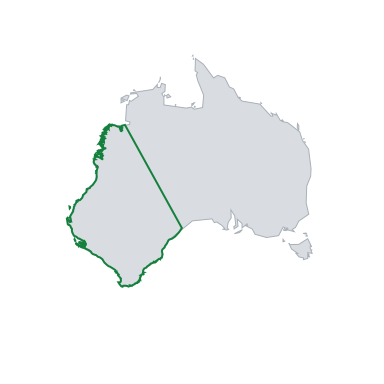 Western Australia highlighted on a map of Australia, rotated 328°
{"feature_id": "AUS-2651", "entity_name": "Western Australia", "entity_type": "State", "adm_level": 1, "iso_a3": "AUS", "parent_name": "Australia", "parent_adm1": "", "projection": "albers", "projection_center": [121.445, -24.431], "detail": "fine", "context": "in_parent", "style": "outline", "palette": "green", "viewbox_px": 384, "rotation_deg": 328, "n_neighbors": 0, "source": "natural_earth", "source_scale": "10m", "svg_char_len": 9455}
<svg xmlns="http://www.w3.org/2000/svg" viewBox="0 0 384 384"><g transform="rotate(328 192 192)"><path d="M269.4,89.8L270.7,106.7L275.6,106.7L280.3,112.5L279.4,122.7L282.0,126.7L281.2,136.2L282.6,141.4L296.1,153.4L299.1,169.4L300.7,170.5L301.5,167.9L304.2,171.3L305.0,170.1L304.8,177.9L306.2,180.5L309.9,183.8L315.2,198.2L313.0,206.6L313.6,217.4L305.3,235.3L301.0,241.5L292.5,247.7L283.1,261.6L279.2,272.7L267.3,273.2L260.8,277.0L257.2,276.8L257.7,279.8L252.9,274.7L253.9,273.9L253.7,272.8L252.7,272.6L250.5,274.1L249.4,272.8L251.9,271.5L250.8,270.0L242.3,274.9L231.1,270.1L223.0,261.2L223.5,255.3L219.8,249.3L221.6,249.7L221.8,248.1L215.4,249.0L217.7,245.2L216.0,239.0L212.9,245.4L208.2,245.6L209.2,243.4L211.4,243.6L215.6,234.8L215.5,227.8L211.5,234.7L206.5,237.0L202.9,241.0L203.2,243.2L201.3,242.7L198.6,240.0L200.5,240.2L199.5,235.8L197.1,230.6L194.7,229.8L194.7,225.4L177.1,216.7L145.9,220.7L135.9,225.4L131.5,231.6L110.2,232.0L98.8,239.6L91.0,239.4L82.1,234.7L81.8,229.6L83.9,230.4L85.7,227.2L85.4,216.8L81.3,209.0L79.5,199.2L68.2,178.9L72.3,180.9L69.6,174.8L71.5,178.4L74.6,179.3L68.9,166.6L71.8,148.5L72.7,152.7L76.1,147.8L88.7,139.1L93.3,139.4L116.5,131.2L125.4,120.8L124.9,114.0L129.7,109.2L133.5,116.8L135.7,112.6L133.2,109.6L134.0,107.7L141.8,109.1L139.3,108.4L141.0,105.4L139.7,102.8L143.9,102.5L142.4,100.5L145.9,100.3L144.8,97.5L147.9,94.4L148.1,96.3L150.6,96.1L150.9,92.6L154.4,93.9L156.8,91.2L160.5,93.3L165.3,98.5L164.2,102.5L167.8,98.8L174.9,101.7L176.4,99.7L173.4,96.4L182.8,83.4L184.4,84.4L187.5,81.3L188.4,82.8L197.3,82.4L197.3,79.1L191.6,76.3L192.6,75.5L213.2,84.3L219.6,82.4L217.9,84.9L220.3,86.6L223.8,83.8L226.3,86.7L222.3,92.4L218.6,92.5L218.3,96.9L214.3,103.3L231.6,117.8L236.5,119.7L237.7,122.9L245.7,126.0L253.2,116.1L255.9,100.6L257.7,94.9L260.0,93.8L258.8,90.9L265.7,80.6L269.4,89.8ZM246.8,288.3L254.8,293.0L265.4,292.9L264.4,302.0L264.0,300.2L262.6,301.9L261.3,307.7L258.1,304.7L254.9,309.6L250.6,308.4L251.7,307.0L248.4,303.8L247.6,299.0L249.2,300.1L246.2,293.1L246.8,288.3ZM181.7,74.8L187.8,75.2L189.6,77.1L185.3,80.1L181.7,74.8ZM205.8,249.8L214.8,250.6L210.8,251.6L205.8,249.8ZM223.6,96.5L224.4,100.0L220.7,99.1L221.6,96.7L223.6,96.5ZM315.0,196.6L315.6,192.8L317.7,189.9L317.8,192.3L315.0,196.6ZM264.3,286.0L267.0,287.3L266.8,288.5L264.3,286.0ZM181.0,75.8L182.9,79.2L179.0,78.8L181.0,75.8ZM244.4,283.0L242.8,282.4L244.1,280.4L244.4,283.0ZM241.4,117.6L239.5,118.4L237.6,118.7L238.7,117.0L241.4,117.6ZM68.1,178.0L66.6,176.2L66.4,174.5L66.6,174.4L68.1,178.0ZM266.0,289.6L266.9,290.7L264.9,289.6L266.0,289.6ZM305.9,178.6L307.1,178.9L306.8,180.6L305.9,178.6ZM281.6,136.1L283.0,137.4L282.6,138.0L281.6,136.1ZM257.5,307.8L257.3,309.3L256.3,308.6L257.5,307.8ZM314.5,208.5L314.2,210.6L314.5,208.5ZM197.3,75.8L196.3,74.8L197.0,74.4L197.3,75.8ZM225.7,78.7L224.1,80.2L226.2,77.5L225.7,78.7ZM315.3,206.0L314.5,206.5L315.1,205.9L315.3,206.0ZM224.5,109.6L223.7,109.9L224.2,109.1L224.5,109.6ZM220.6,96.1L219.6,96.2L220.3,95.2L220.6,96.1ZM80.5,139.5L80.2,140.9L79.8,140.8L80.5,139.5ZM264.0,79.5L263.8,80.7L263.5,79.8L264.0,79.5ZM252.6,273.2L252.7,273.9L252.4,273.6L252.6,273.2ZM223.6,80.6L221.5,81.6L223.7,80.4L223.6,80.6ZM145.0,95.8L144.2,96.6L144.7,95.7L145.0,95.8ZM258.2,306.9L257.7,307.1L258.1,306.6L258.2,306.9ZM240.0,121.5L238.9,121.4L239.6,120.7L240.0,121.5ZM140.8,101.8L140.3,102.3L140.2,101.2L140.8,101.8ZM262.9,304.6L262.1,304.9L262.5,304.2L262.9,304.6ZM265.2,76.6L264.9,77.3L264.4,76.9L265.2,76.6ZM252.0,274.0L252.7,274.8L251.4,274.4L252.0,274.0ZM298.0,153.7L297.3,153.6L297.7,152.7L298.0,153.7ZM301.0,167.7L300.6,167.6L301.0,167.0L301.0,167.7ZM247.3,287.3L247.0,287.8L246.9,287.1L247.3,287.3Z" fill="#d9dde1" stroke="#a8b0b8" stroke-width="1"/><path d="M164.3,217.2L159.6,219.3L154.0,220.8L150.4,221.0L147.5,220.3L146.4,220.5L143.6,222.3L140.4,223.6L139.4,224.5L136.3,225.1L135.0,226.4L134.1,229.2L131.6,231.7L130.8,231.4L129.4,232.2L129.2,231.5L128.7,231.2L126.2,231.4L126.0,231.8L124.7,231.5L124.3,231.8L124.2,232.2L123.2,232.2L123.1,231.3L122.7,230.8L121.5,231.4L118.8,230.8L117.8,231.2L114.3,231.4L113.3,231.9L111.1,231.6L109.9,232.0L108.6,233.1L108.0,234.3L108.5,234.8L107.6,234.7L107.4,235.6L107.0,235.3L106.6,235.9L106.0,235.5L104.4,235.4L104.6,235.7L103.7,236.1L103.7,236.6L102.1,237.4L101.9,238.5L100.5,238.8L100.7,239.3L100.2,239.1L98.6,239.5L99.6,239.8L99.2,240.1L97.8,239.6L97.4,240.2L95.8,239.5L94.9,239.4L94.6,239.8L92.3,239.5L91.7,239.8L90.3,239.2L90.9,239.1L90.2,238.5L90.2,239.0L87.9,238.5L87.5,237.6L85.6,235.9L83.7,235.0L83.1,235.0L82.8,235.4L82.1,234.6L81.7,232.0L81.7,229.6L83.0,230.4L84.0,230.3L84.8,229.4L85.4,228.0L85.8,227.9L85.9,227.7L85.8,227.2L85.6,227.8L85.6,226.0L85.1,223.5L85.6,222.4L85.3,223.5L85.8,224.3L85.4,223.3L86.0,223.1L85.7,222.6L85.8,221.2L85.4,220.8L85.7,220.7L85.8,220.2L85.5,217.3L82.9,211.9L82.0,210.8L81.2,208.7L80.3,205.3L80.4,201.5L79.4,198.9L77.9,197.1L77.3,194.9L75.0,192.1L74.5,190.4L74.7,189.2L73.7,186.6L70.9,182.3L69.1,180.5L68.0,178.7L68.8,179.3L68.8,177.6L69.1,179.5L69.5,180.3L69.2,177.7L69.5,178.8L69.8,178.7L70.2,180.9L70.4,179.6L70.7,181.5L71.0,180.6L71.4,182.1L72.2,181.7L72.5,181.1L72.6,179.8L71.9,179.1L71.3,179.0L70.6,178.2L70.4,177.1L69.4,175.7L69.9,174.1L70.0,174.7L71.4,176.0L71.6,176.7L71.5,178.9L72.0,178.9L72.3,178.3L72.2,177.0L72.6,177.2L72.6,178.3L73.4,180.1L74.0,180.5L74.7,179.5L74.3,177.2L74.8,177.2L74.7,176.2L74.0,175.9L71.6,171.6L70.9,171.2L70.2,168.6L68.7,166.5L69.0,162.9L69.8,160.8L70.7,159.6L70.5,157.6L70.9,156.8L70.8,155.9L70.4,154.9L69.8,154.5L69.6,153.5L71.8,148.2L72.7,148.0L72.2,150.5L72.5,151.6L72.9,151.5L72.6,152.8L73.0,152.9L73.7,152.3L74.0,152.7L74.9,150.3L74.8,149.2L75.2,149.4L75.8,148.0L81.0,145.4L81.9,144.1L83.1,143.3L83.8,142.1L85.2,141.5L85.4,140.6L87.1,140.3L88.7,139.2L89.2,138.3L89.6,138.3L89.2,139.1L89.7,139.5L91.6,138.6L91.8,139.1L92.6,139.5L95.0,139.0L96.1,138.6L98.0,136.8L102.3,136.1L104.1,133.9L104.6,134.2L104.8,133.8L106.5,134.1L107.4,134.5L108.3,133.8L111.6,133.4L116.3,131.4L117.8,130.3L119.3,128.6L120.8,125.7L120.6,125.0L121.6,124.6L121.4,124.1L121.9,123.2L122.5,123.3L125.4,120.9L125.4,119.9L124.3,119.9L124.5,119.4L124.5,118.0L124.1,117.0L124.3,114.9L125.0,113.7L126.4,112.9L126.3,112.5L127.1,112.9L126.7,112.1L127.1,111.5L128.7,111.5L128.2,111.0L128.3,110.3L129.1,109.7L129.3,109.0L130.0,108.8L129.9,109.1L130.2,109.4L129.8,109.4L129.6,110.2L130.2,111.0L130.7,110.9L130.5,111.5L130.9,111.8L130.8,112.5L131.6,113.2L133.6,117.3L133.6,115.7L134.1,114.4L133.7,113.8L133.8,113.0L135.9,114.7L135.1,113.2L135.6,113.4L135.5,112.8L136.2,112.0L136.1,111.8L135.9,112.2L135.1,112.4L134.6,111.4L133.3,110.7L134.0,110.0L133.3,110.1L132.7,109.6L133.2,109.7L133.0,109.4L134.2,109.8L133.8,109.7L134.3,109.6L133.3,109.0L134.7,109.2L134.1,108.7L134.7,108.8L134.7,108.5L133.5,108.0L133.7,107.4L134.8,107.1L135.3,107.5L135.1,107.6L135.4,107.9L134.8,108.0L135.7,108.5L135.7,109.2L135.9,108.6L136.5,108.9L136.3,108.3L136.5,108.2L136.0,107.7L137.5,108.1L138.1,109.0L138.9,109.1L139.2,108.7L142.5,109.3L141.3,108.7L139.3,108.6L139.2,107.8L139.6,106.7L140.1,107.5L140.6,107.1L140.8,105.6L141.6,105.0L140.8,105.0L139.9,106.3L139.6,105.1L139.4,105.4L139.2,104.0L139.6,103.7L139.2,103.0L139.7,103.0L139.9,102.6L141.0,102.9L141.0,102.3L141.3,102.7L141.7,101.9L141.2,101.8L141.2,101.1L141.8,101.4L141.7,101.7L142.1,101.4L142.3,101.9L142.9,101.9L143.4,102.4L143.3,102.7L143.8,102.9L143.9,102.6L144.7,103.1L144.0,102.3L144.5,101.6L143.7,101.4L142.9,101.8L142.7,101.5L143.9,100.6L142.6,101.1L142.4,100.5L142.7,100.1L143.3,100.4L143.7,100.1L143.5,99.2L144.1,99.3L144.0,99.7L144.4,99.7L144.6,100.6L144.5,99.6L145.5,100.5L146.4,100.5L146.0,99.9L146.4,99.6L144.8,99.1L145.7,98.7L144.9,98.4L144.5,97.6L145.7,97.0L145.2,96.8L146.0,96.0L145.9,96.8L146.3,96.3L146.6,97.0L147.0,96.0L147.6,96.4L147.7,94.3L148.7,94.5L148.5,94.9L148.1,94.9L148.3,96.1L147.9,97.0L148.6,95.4L148.6,95.9L149.4,95.8L149.3,96.7L149.8,97.1L149.9,96.3L150.7,96.2L150.3,95.3L150.9,95.1L150.9,94.3L151.5,94.1L151.4,93.4L150.5,93.2L150.4,92.6L151.2,92.9L150.7,92.2L151.2,91.9L151.2,92.2L151.6,92.2L151.3,92.8L152.1,92.4L151.6,93.3L152.0,93.3L151.8,93.8L152.5,94.4L152.8,94.1L152.5,93.7L152.8,93.2L153.5,92.6L154.4,92.4L153.6,93.3L154.1,93.3L153.9,93.6L154.4,93.8L154.6,94.4L155.0,93.3L155.2,93.7L155.5,93.4L155.4,92.8L156.4,92.6L155.7,91.4L156.2,91.3L156.3,91.7L156.6,91.5L156.4,91.2L157.1,91.0L157.9,91.8L157.8,92.2L158.3,92.8L158.5,92.2L158.7,92.7L159.0,92.3L159.6,92.8L159.6,92.4L160.2,92.7L160.4,93.5L161.8,94.4L163.6,97.2L164.0,97.1L165.5,98.2L165.1,98.5L165.2,99.0L164.7,99.2L164.0,102.2L164.2,103.0L163.9,103.6L164.4,103.1L164.6,101.5L165.7,103.0L165.2,100.6L166.0,99.6L166.2,100.5L166.3,100.2L166.7,100.6L166.9,100.6L166.6,98.9L167.5,98.6L170.7,99.6L164.3,217.2ZM67.8,177.3L68.3,178.6L66.6,176.2L66.2,174.4L66.5,174.1L66.8,174.2L67.8,176.9L67.6,177.4L67.8,177.3ZM80.7,140.0L80.3,140.8L79.7,141.0L80.4,139.5L80.7,140.0ZM140.6,101.7L141.1,102.1L140.3,102.4L140.7,102.0L139.8,101.8L140.6,101.1L140.6,101.7ZM144.7,95.6L145.0,96.6L144.5,97.0L144.3,96.3L144.6,96.4L144.7,95.6ZM166.3,99.4L166.8,100.6L166.3,100.0L166.3,99.4ZM164.7,100.5L165.1,101.1L165.1,101.5L164.7,101.1L164.7,100.5ZM67.1,172.6L67.0,171.1L67.3,170.7L67.1,172.6ZM67.3,169.9L67.3,170.6L67.4,168.9L67.3,169.9ZM139.5,101.2L139.6,101.5L139.0,101.4L139.5,101.2ZM143.0,99.0L143.0,99.6L142.6,99.2L143.0,99.0ZM154.0,91.9L154.3,92.0L154.7,92.2L154.1,92.2L154.0,91.9ZM83.9,219.1L84.4,218.9L84.6,219.0L83.9,219.1ZM85.3,219.9L85.4,220.4L85.4,220.5L85.3,219.9Z" fill="none" stroke="#15803d" stroke-width="2"/></g></svg>